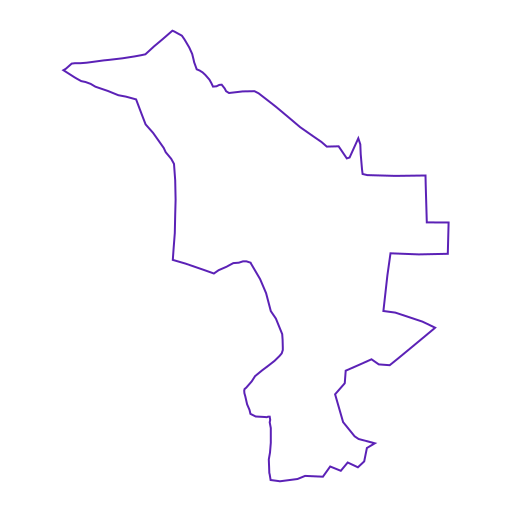 Al-Mussyab, Babil, Iraq (Mercator projection)
{"feature_id": "34846034B36938547090854", "entity_name": "Al-Mussyab", "entity_type": "district", "adm_level": 2, "iso_a3": "IRQ", "parent_name": "Iraq", "parent_adm1": "Babil", "projection": "mercator", "projection_center": [44.225, 32.8], "detail": "fine", "context": "isolated", "style": "outline", "palette": "violet", "viewbox_px": 512, "rotation_deg": 0, "n_neighbors": 0, "source": "geoboundaries", "source_scale": "gbopen_adm2", "svg_char_len": 2253}
<svg xmlns="http://www.w3.org/2000/svg" viewBox="0 0 512 512"><path d="M172.8,259.9L185.5,263.6L203.2,269.7L210.0,272.1L213.9,273.5L218.6,270.2L226.2,266.9L233.3,263.1L238.8,262.7L243.1,261.3L246.3,261.3L250.6,262.7L251.0,263.6L260.1,279.1L266.1,293.2L270.8,311.1L275.9,318.6L282.2,334.1L282.6,339.7L282.8,347.3L282.8,350.0L281.7,353.4L279.5,356.0L274.6,360.8L268.6,365.5L262.2,370.3L255.1,376.1L251.7,381.4L246.2,387.7L244.6,389.0L244.2,390.6L244.4,393.2L245.3,396.4L247.1,404.3L249.5,409.9L250.1,412.4L250.4,413.8L251.3,414.3L254.1,415.7L255.7,416.5L264.8,417.0L266.8,417.2L268.0,416.7L269.7,416.7L270.2,419.9L269.7,422.3L270.8,428.1L270.8,431.0L270.8,437.6L270.8,442.8L270.0,452.6L268.8,459.4L269.1,467.1L269.3,472.9L269.7,474.5L270.6,480.0L278.8,481.1L279.8,481.3L285.2,480.6L297.5,479.0L305.1,475.9L322.9,476.7L330.2,466.5L340.8,470.8L347.7,462.5L355.8,466.3L357.9,467.3L364.2,461.4L366.9,448.0L374.8,443.3L358.6,439.0L354.6,436.3L343.1,422.1L335.1,394.3L344.7,383.3L344.8,382.7L345.7,370.7L358.3,365.2L371.5,359.3L378.8,364.4L389.7,365.2L397.9,358.6L415.1,344.4L434.0,328.7L435.1,327.7L422.4,321.6L395.3,312.6L383.4,311.0L387.4,275.3L390.5,253.3L418.7,254.4L447.8,253.8L448.6,222.5L426.8,222.4L425.7,184.6L425.5,175.5L395.2,175.9L367.3,175.1L362.6,174.0L362.0,169.2L360.7,154.0L360.3,144.4L358.3,138.3L349.6,157.5L346.8,158.4L338.6,146.3L326.8,146.6L321.5,142.0L312.5,135.8L300.2,127.2L289.1,117.8L276.2,107.0L267.9,100.5L258.6,93.3L254.5,91.2L242.7,91.4L237.7,92.0L229.0,93.0L226.1,91.2L224.7,88.5L221.7,84.7L219.3,84.9L216.5,86.3L213.0,86.6L211.3,83.0L209.4,79.6L205.3,74.9L202.5,72.3L201.3,71.6L199.8,70.6L196.7,69.3L195.2,65.1L194.2,62.4L193.5,59.3L192.2,54.0L191.3,52.0L189.2,47.4L185.3,40.8L184.4,39.3L181.9,35.7L180.5,34.9L178.8,34.0L174.3,31.5L172.4,30.7L162.6,39.2L154.0,46.4L145.4,54.3L141.2,55.2L134.7,56.4L122.5,58.3L108.8,59.9L103.7,60.4L93.4,61.8L86.7,62.7L80.4,63.2L74.9,63.2L71.7,63.6L65.8,68.8L63.4,70.2L74.5,77.3L76.7,78.6L81.2,81.1L85.5,82.0L90.7,83.9L95.4,86.7L108.0,91.0L118.3,95.2L125.8,96.6L131.0,98.0L136.1,99.4L141.6,114.0L145.6,124.4L153.1,132.9L163.7,147.9L165.7,152.2L171.2,158.8L174.0,163.9L175.2,180.4L175.6,199.7L175.2,214.7L174.8,233.1L173.6,248.6L172.8,259.9Z" fill="none" stroke="#5b21b6" stroke-width="2"/></svg>